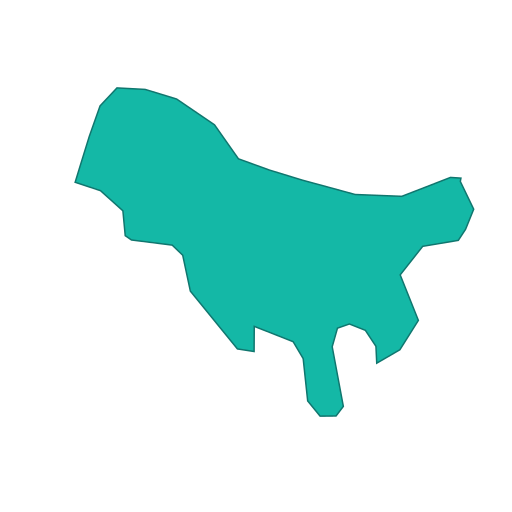 outline of Darlington, rotated 17°
{"feature_id": "GBR-2028", "entity_name": "Darlington", "entity_type": "Unitary Authority", "adm_level": 1, "iso_a3": "GBR", "parent_name": "United Kingdom", "parent_adm1": "", "projection": "equal_earth", "projection_center": [-1.518, 54.521], "detail": "fine", "context": "isolated", "style": "filled", "palette": "teal", "viewbox_px": 512, "rotation_deg": 17, "n_neighbors": 0, "source": "natural_earth", "source_scale": "10m", "svg_char_len": 716}
<svg xmlns="http://www.w3.org/2000/svg" viewBox="0 0 512 512"><g transform="rotate(17 256 256)"><path d="M429.2,121.6L429.6,125.0L450.5,147.6L448.6,169.2L444.9,181.9L412.6,198.0L399.4,231.9L430.1,270.1L421.0,303.6L402.8,323.2L397.1,307.3L382.3,295.1L365.2,293.7L355.0,301.2L355.4,320.5L383.5,374.3L379.3,385.6L364.1,390.4L347.8,379.5L331.1,340.3L316.6,327.1L274.9,323.8L282.1,347.9L265.4,350.3L203.5,308.8L185.7,276.7L172.7,270.1L132.2,277.1L125.0,274.8L115.5,251.7L88.2,239.0L61.5,238.4L61.5,219.2L61.6,190.3L63.0,158.0L73.9,135.9L101.3,129.1L134.2,129.1L178.0,142.7L210.8,168.2L243.8,169.9L278.0,169.9L332.8,168.2L378.0,156.3L419.0,124.0L429.2,121.6Z" fill="#14b8a6" stroke="#0f766e" stroke-width="1.5"/></g></svg>